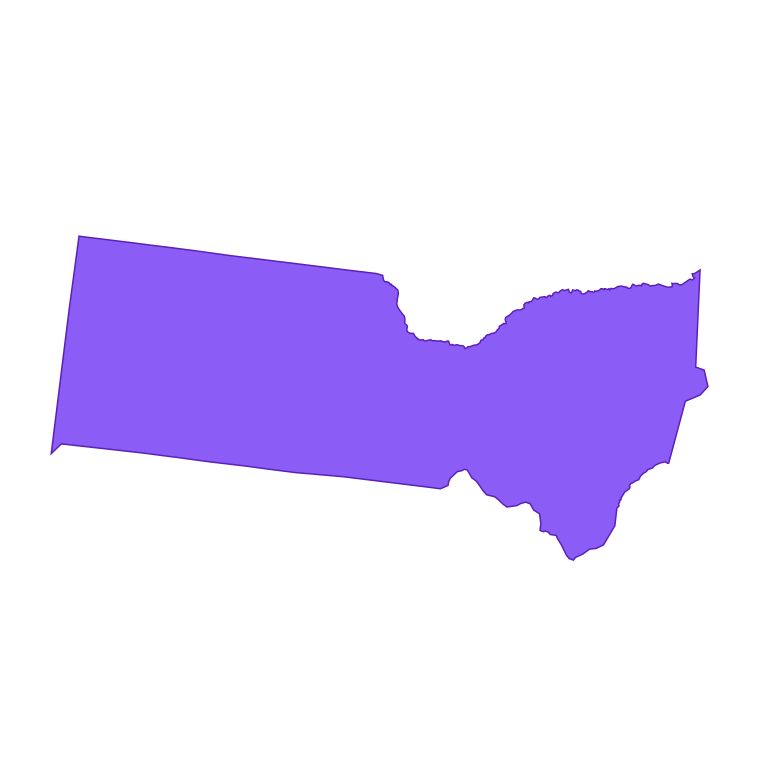 the district of Sierra, California, United States of America, rotated 187°
{"feature_id": "52423323B42525268241117", "entity_name": "Sierra", "entity_type": "district", "adm_level": 2, "iso_a3": "USA", "parent_name": "United States of America", "parent_adm1": "California", "projection": "mercator", "projection_center": [-120.733, 39.584], "detail": "fine", "context": "isolated", "style": "filled", "palette": "violet", "viewbox_px": 768, "rotation_deg": 187, "n_neighbors": 0, "source": "geoboundaries", "source_scale": "gbopen_adm2", "svg_char_len": 4472}
<svg xmlns="http://www.w3.org/2000/svg" viewBox="0 0 768 768"><g transform="rotate(187 384 384)"><path d="M91.8,340.0L82.8,403.6L68.7,411.8L62.2,421.0L67.9,436.8L76.7,438.8L84.2,535.7L85.3,534.7L89.0,531.6L91.5,530.9L90.5,528.3L88.6,527.3L90.4,524.9L93.1,525.4L98.8,520.3L100.6,518.7L103.1,518.3L104.7,519.5L107.6,519.3L109.2,518.9L110.5,519.0L110.1,517.8L109.8,516.7L110.2,515.3L111.7,515.2L114.3,514.6L116.5,515.0L120.9,515.9L123.7,516.7L125.2,515.8L127.2,514.7L129.5,514.5L131.6,513.6L134.1,515.0L136.9,515.2L139.0,515.6L140.4,514.1L140.4,512.8L141.8,513.1L143.3,513.0L145.5,511.9L148.1,513.0L149.2,513.3L150.1,511.7L150.3,510.3L151.2,509.1L153.3,508.7L155.0,509.7L157.5,509.8L160.7,510.1L164.1,509.1L165.6,507.8L167.6,506.6L169.0,506.3L170.4,506.6L171.6,505.7L171.4,505.2L171.4,504.9L172.4,505.4L172.8,505.8L173.4,505.1L174.6,505.0L175.6,505.5L176.9,505.4L176.9,504.7L178.1,504.7L178.9,505.2L180.4,505.0L181.3,503.7L183.5,502.2L185.2,502.0L186.1,502.0L186.1,501.3L187.1,500.6L188.2,500.9L190.5,500.9L191.8,501.1L192.7,501.5L193.4,500.1L196.5,497.7L198.1,497.6L199.3,497.8L199.5,498.9L200.2,499.9L201.8,500.2L202.8,500.9L204.4,500.9L205.2,500.0L207.3,500.2L208.2,500.4L208.6,499.3L208.7,498.2L209.0,497.5L210.8,497.4L212.0,499.3L212.4,500.4L214.5,499.6L216.3,498.6L218.3,499.4L220.3,498.0L221.7,496.1L223.1,495.9L224.6,496.2L227.1,494.5L227.6,492.4L229.2,491.3L230.3,492.3L232.3,491.0L233.2,489.6L234.7,489.7L234.8,490.2L235.7,490.2L237.0,489.7L239.8,489.0L240.7,487.4L242.6,486.7L244.7,487.8L245.9,487.8L246.5,486.4L246.9,485.4L247.8,483.7L249.0,483.6L250.2,483.1L250.3,482.2L251.0,482.3L252.0,482.5L253.7,481.4L254.8,479.6L254.5,477.9L253.9,477.1L254.4,476.0L255.4,475.8L256.8,474.5L258.1,473.8L259.9,474.1L261.4,473.4L262.4,473.1L264.7,471.7L266.1,469.6L267.8,467.7L269.6,466.3L271.1,465.1L271.6,463.1L271.2,461.7L270.4,460.2L270.1,459.4L270.4,458.7L271.1,458.7L272.7,458.7L273.7,457.6L275.0,456.5L276.5,455.4L276.6,453.1L278.0,451.8L278.8,449.8L280.5,448.2L282.2,447.6L283.5,447.3L284.9,446.1L286.2,445.8L287.6,445.3L288.8,444.0L289.7,441.9L290.7,441.6L291.1,440.2L293.2,439.0L293.7,436.8L294.9,435.5L296.3,434.5L297.8,433.8L299.5,433.5L301.4,432.5L302.8,431.7L305.4,431.2L306.0,430.0L307.2,429.5L307.7,429.0L308.5,429.6L308.7,430.5L309.8,431.4L311.7,431.5L313.9,431.4L315.2,431.8L316.7,431.9L318.9,430.9L321.2,431.6L321.9,431.0L323.2,430.9L323.7,431.6L324.6,433.4L325.2,434.4L326.7,434.3L327.3,433.4L330.2,433.1L333.1,433.8L336.0,433.1L339.1,433.2L341.3,432.8L342.5,433.4L343.5,433.7L344.2,433.0L345.6,432.8L346.9,432.3L348.4,431.7L349.7,432.1L350.6,432.8L351.6,432.6L352.5,432.1L353.8,432.1L355.5,432.4L356.2,432.6L356.3,432.9L356.1,432.8L355.9,433.1L356.0,433.3L357.8,434.2L359.2,435.4L360.9,437.8L364.2,437.5L365.9,438.0L367.4,439.1L368.0,440.8L367.8,444.4L370.9,447.0L371.1,450.5L372.0,453.7L375.1,456.6L377.8,459.5L380.0,462.4L381.1,464.9L381.0,467.7L381.2,469.8L380.9,472.9L380.8,475.6L381.2,477.6L381.7,478.8L383.0,479.9L383.7,480.3L384.8,481.3L386.2,481.9L387.3,482.8L388.0,482.5L388.9,483.1L388.7,483.6L389.5,484.1L390.1,484.0L390.6,484.0L391.1,484.9L392.6,485.7L394.0,485.8L395.7,485.5L396.9,486.8L397.5,488.1L398.2,490.3L398.5,491.6L404.9,492.7L414.2,492.7L434.1,492.6L454.6,492.7L473.5,492.7L516.4,492.7L553.7,492.7L584.8,493.2L610.9,493.4L632.8,493.4L648.2,493.5L663.6,493.5L685.2,493.5L700.9,493.5L704.7,493.6L705.6,419.6L705.8,274.4L697.0,285.2L617.0,286.1L582.3,285.9L546.6,285.5L511.2,285.7L488.7,285.4L460.6,285.3L413.2,287.0L383.4,287.0L370.9,287.0L349.2,287.0L325.4,287.0L315.2,286.9L308.1,291.1L307.9,294.9L306.7,298.6L300.6,305.9L296.2,307.5L294.0,309.1L291.1,308.9L288.8,306.2L285.4,301.6L280.6,298.9L276.5,294.6L272.7,290.1L268.5,286.5L260.4,285.6L256.1,282.9L251.3,279.3L246.9,276.9L237.3,279.5L233.6,282.1L229.0,284.0L224.3,282.9L220.0,277.1L213.8,274.1L211.2,264.2L211.4,259.7L211.2,257.6L207.7,256.8L205.8,257.8L202.6,256.8L200.8,254.9L194.7,254.7L192.5,251.2L188.3,245.9L182.1,236.4L179.0,233.3L174.5,232.3L172.8,235.2L165.7,239.6L160.0,245.1L153.3,246.7L146.5,251.1L137.6,271.5L137.7,289.2L135.9,291.6L136.5,293.6L135.7,295.8L136.1,296.8L135.5,298.0L135.0,297.7L134.6,298.6L134.9,299.4L134.2,301.2L133.2,303.2L132.1,305.9L129.2,308.6L127.6,310.0L127.3,311.9L128.1,312.8L127.0,315.2L124.4,316.8L122.9,318.3L119.5,320.0L118.1,324.1L115.5,327.1L112.9,329.1L111.7,331.4L109.4,332.3L107.2,333.4L105.4,336.1L102.7,337.8L100.1,339.4L97.9,340.1L95.6,341.1L92.8,339.9L91.8,340.0Z" fill="#8b5cf6" stroke="#5b21b6" stroke-width="1.5"/></g></svg>